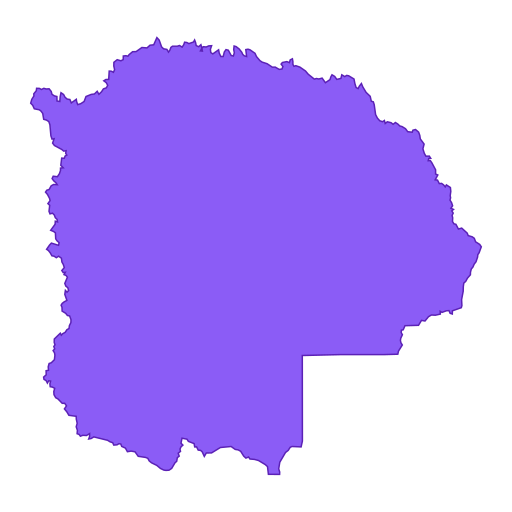 Padre Bernardo, Goiás, Brazil
{"feature_id": "56859067B81669958335053", "entity_name": "Padre Bernardo", "entity_type": "district", "adm_level": 2, "iso_a3": "BRA", "parent_name": "Brazil", "parent_adm1": "Goiás", "projection": "natural_earth1", "projection_center": [-48.332, -15.373], "detail": "fine", "context": "isolated", "style": "filled", "palette": "violet", "viewbox_px": 512, "rotation_deg": 0, "n_neighbors": 0, "source": "geoboundaries", "source_scale": "gbopen_adm2", "svg_char_len": 5791}
<svg xmlns="http://www.w3.org/2000/svg" viewBox="0 0 512 512"><path d="M279.6,474.4L279.7,472.0L278.7,468.8L279.8,462.2L285.5,452.5L288.2,450.4L290.2,447.3L292.0,446.5L301.1,446.9L302.4,441.1L302.3,355.5L340.1,354.6L383.8,354.6L397.8,354.2L398.5,351.1L402.3,345.0L400.9,342.7L400.4,340.3L400.8,338.1L402.4,334.7L401.2,332.6L401.4,330.2L403.2,329.8L405.0,325.7L418.5,325.3L421.5,320.4L425.0,321.0L428.5,316.7L431.4,315.0L435.4,315.2L440.3,314.1L440.2,311.3L442.0,312.4L446.3,310.8L449.0,310.6L450.1,313.3L452.3,314.0L452.4,310.8L461.3,307.7L461.9,305.6L461.6,299.6L463.2,291.2L463.3,286.7L463.8,283.1L465.7,281.4L467.5,278.1L470.4,274.8L470.5,272.1L471.3,269.0L472.9,267.1L474.2,264.1L476.0,261.8L477.6,257.0L477.8,254.7L479.1,252.8L481.3,246.8L479.7,244.4L475.6,241.8L474.3,238.3L472.2,236.8L468.2,235.6L467.2,233.1L461.7,228.1L458.4,229.0L455.9,224.3L453.9,223.8L452.5,221.5L452.7,217.8L452.1,215.4L453.2,213.1L451.8,210.9L453.5,209.4L450.9,208.3L452.6,205.8L451.6,202.7L450.0,200.1L450.6,197.8L450.2,195.7L450.8,191.4L450.4,187.5L446.4,184.9L445.2,186.9L443.6,184.9L441.6,183.4L439.3,183.6L437.5,180.1L435.2,179.8L437.8,175.0L435.6,174.0L435.6,169.8L431.8,162.7L430.3,160.6L428.2,160.7L428.7,158.5L430.7,158.3L429.3,156.1L425.9,156.2L424.3,153.3L422.9,148.8L424.1,144.1L420.3,138.9L419.8,135.4L418.6,132.1L415.5,129.5L412.9,130.2L412.2,132.2L407.7,131.7L405.5,128.7L402.1,126.6L399.7,125.9L397.9,124.1L395.4,122.5L393.1,124.3L391.1,122.7L387.3,121.8L385.2,123.5L384.4,120.5L382.6,121.7L379.8,120.8L377.4,118.1L375.6,114.6L374.2,104.6L373.3,101.8L371.3,101.2L370.2,96.3L366.1,92.4L362.8,86.9L361.4,83.5L359.3,86.2L358.1,88.6L356.1,87.5L354.9,83.6L354.0,79.0L348.7,75.8L346.7,75.4L344.8,76.6L341.8,74.8L340.9,78.4L336.8,79.4L334.7,76.4L332.0,74.8L330.8,77.0L330.0,79.6L325.4,82.7L322.1,78.1L318.8,79.0L316.5,78.5L314.3,79.1L308.2,74.2L305.5,71.0L299.9,67.1L295.8,65.7L294.0,66.3L292.9,64.4L292.9,61.6L292.4,58.8L290.2,59.9L289.4,62.6L286.8,61.6L282.4,62.5L281.1,64.1L282.9,66.5L282.0,69.0L279.2,69.4L275.2,67.1L272.4,67.2L267.1,63.7L262.1,62.1L259.9,60.6L256.5,56.6L255.0,53.3L250.0,49.8L248.0,49.2L245.8,49.6L246.6,56.5L244.2,55.8L242.7,54.3L241.8,52.3L239.2,49.0L236.1,46.6L234.1,46.0L233.7,49.6L234.3,52.7L233.4,56.0L231.2,55.5L228.3,50.2L226.0,49.6L224.3,52.0L223.2,56.5L220.8,56.5L219.2,53.0L218.6,49.8L212.8,53.9L210.8,52.6L210.4,49.3L211.6,45.7L208.7,45.9L206.2,47.0L203.4,46.7L201.9,48.2L200.9,44.7L198.7,46.7L196.2,45.6L195.6,42.6L194.6,40.0L193.5,42.0L188.9,43.6L186.8,42.5L184.6,42.2L183.7,44.8L182.1,47.1L179.5,45.5L177.3,46.2L172.5,46.2L170.9,47.4L169.8,50.3L168.5,52.1L166.9,49.4L163.6,48.8L161.6,46.9L159.2,40.1L156.9,37.6L153.7,44.8L150.0,45.2L147.0,47.9L141.9,47.5L136.1,51.6L132.6,51.7L129.1,54.6L127.9,56.2L125.9,55.7L123.3,56.0L123.2,59.6L120.9,60.8L117.2,59.7L113.9,62.3L113.8,66.0L114.6,69.7L113.4,72.3L111.3,71.2L109.2,71.1L108.7,79.4L105.9,79.5L103.8,80.8L106.2,82.6L107.7,85.3L106.4,87.8L103.4,88.9L101.5,91.8L98.9,94.3L97.2,91.3L94.4,94.0L91.2,94.4L86.0,96.5L84.1,101.5L80.7,103.7L77.7,104.6L76.6,101.5L76.3,99.3L71.3,102.9L69.9,99.5L67.2,99.1L65.0,97.2L63.6,94.5L61.0,92.7L60.2,96.5L59.8,101.5L57.0,101.0L56.9,96.5L54.4,95.9L52.0,94.3L51.2,91.4L49.1,88.8L46.1,89.0L43.9,88.3L41.4,89.5L39.5,88.4L36.6,88.3L36.3,90.7L33.8,93.8L33.9,96.0L31.8,99.3L30.7,103.2L32.7,105.3L34.3,108.8L39.3,109.8L40.9,111.0L42.7,113.4L43.7,119.3L46.5,120.1L48.8,121.6L49.9,124.8L50.9,135.8L52.0,139.1L54.1,138.7L52.6,143.1L54.4,145.5L61.8,149.5L63.7,151.1L66.1,150.7L65.7,153.3L66.8,155.1L65.1,156.0L64.3,158.3L61.7,158.1L60.8,165.3L63.2,167.8L60.5,168.1L60.5,170.5L59.4,173.7L57.4,176.7L53.2,176.2L52.1,178.6L53.8,180.9L55.9,182.7L57.2,184.7L53.6,184.5L51.2,185.8L49.1,189.5L46.8,190.2L45.5,192.1L47.5,194.5L49.5,198.3L50.1,200.6L47.9,203.6L49.7,205.3L49.0,211.3L50.0,213.9L52.5,213.2L54.3,215.0L55.3,217.7L57.1,219.4L57.5,221.9L55.3,221.2L55.1,224.2L50.7,230.3L53.6,231.5L55.4,232.8L55.7,238.8L57.0,240.8L59.1,242.7L58.5,245.3L51.4,243.1L49.5,245.1L46.6,249.3L48.4,250.5L50.2,252.8L51.9,255.8L54.1,256.2L56.3,257.7L58.6,256.2L61.4,258.2L61.9,262.0L63.3,264.5L64.3,267.6L61.8,270.5L63.2,272.6L65.3,272.3L64.0,274.6L66.1,275.5L67.4,277.2L64.8,283.4L65.8,286.1L67.8,287.7L68.6,290.5L67.0,292.2L65.4,290.4L64.8,294.4L66.9,300.4L64.1,301.9L62.2,303.4L61.1,305.2L62.0,307.3L62.1,311.1L65.7,313.3L67.4,315.5L69.6,315.9L71.0,319.7L70.9,322.6L69.4,325.6L69.0,328.5L66.9,329.7L65.2,332.3L62.7,333.7L61.3,335.2L60.3,333.2L54.3,339.0L54.2,342.4L55.0,344.8L53.8,346.5L54.7,348.9L53.1,350.6L54.5,352.8L54.9,355.2L54.4,359.7L51.2,362.8L49.1,363.5L48.2,366.8L48.5,370.3L46.1,370.7L46.2,374.8L43.6,377.1L44.0,379.4L46.1,380.6L47.4,383.1L48.7,380.8L50.6,381.1L49.9,383.9L50.2,386.7L52.4,387.1L54.7,388.3L53.8,391.5L54.0,394.7L55.7,397.7L57.9,398.9L62.2,403.3L64.7,403.3L66.5,405.9L64.4,408.9L66.8,411.8L68.9,415.3L76.2,416.3L76.3,419.2L77.2,423.3L76.2,426.8L77.4,430.3L77.1,433.7L79.2,434.5L80.4,436.2L82.8,435.3L86.5,435.5L89.6,433.6L89.6,436.5L88.7,439.0L91.2,438.5L93.8,436.9L107.6,440.3L110.0,441.8L112.7,442.7L113.8,445.1L117.1,444.8L118.9,443.7L120.8,444.0L121.7,446.4L125.4,448.1L127.4,451.7L131.1,451.1L135.0,451.8L138.2,456.3L145.5,457.4L147.8,458.3L149.2,460.9L151.5,462.8L156.8,465.4L160.5,468.5L163.9,470.1L166.0,470.4L169.0,470.2L171.7,468.4L175.0,462.8L176.7,461.3L177.3,457.7L179.2,456.1L178.2,453.2L180.5,451.4L180.0,449.1L180.9,447.0L182.9,445.1L181.0,443.2L182.0,438.2L187.0,439.2L188.4,441.4L194.1,443.6L194.7,446.9L196.6,446.9L198.2,450.1L200.6,450.4L202.2,451.8L204.3,456.4L206.3,453.0L211.6,452.9L220.4,447.5L231.1,446.5L235.2,449.4L238.2,449.9L240.7,451.3L243.7,456.1L245.9,458.1L248.6,457.0L249.9,459.0L254.5,459.4L258.5,460.5L265.3,464.6L267.5,466.6L268.4,474.3L279.6,474.4ZM201.9,48.2L202.4,51.1L200.4,50.9L201.9,48.2Z" fill="#8b5cf6" stroke="#5b21b6" stroke-width="1.5"/></svg>